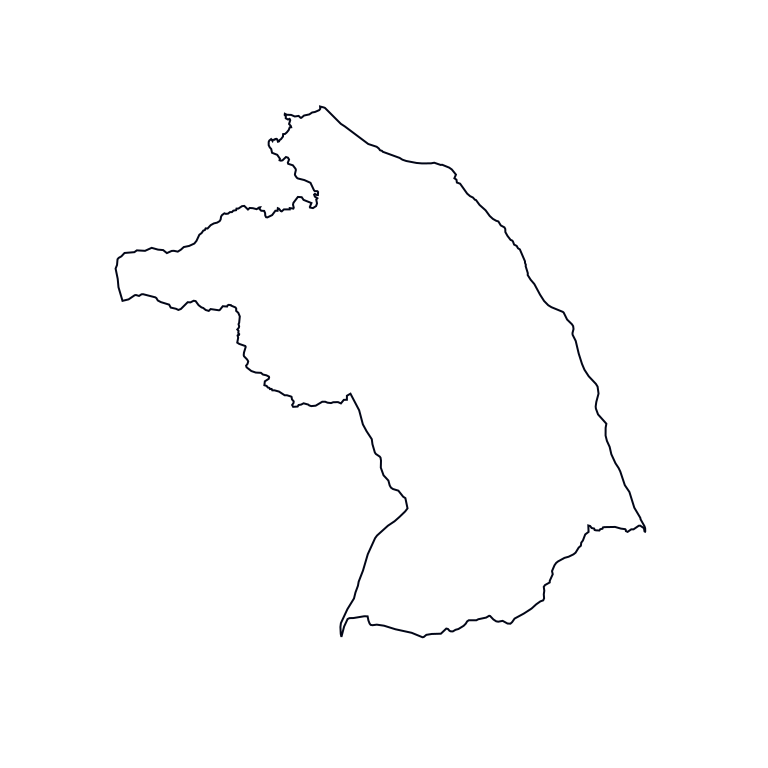 Cunday, Tolima, Colombia, rotated 103°
{"feature_id": "7082276B4490552230449", "entity_name": "Cunday", "entity_type": "district", "adm_level": 2, "iso_a3": "COL", "parent_name": "Colombia", "parent_adm1": "Tolima", "projection": "mercator", "projection_center": [-74.711, 3.967], "detail": "fine", "context": "isolated", "style": "outline", "palette": "ink", "viewbox_px": 768, "rotation_deg": 103, "n_neighbors": 0, "source": "geoboundaries", "source_scale": "gbopen_adm2", "svg_char_len": 6160}
<svg xmlns="http://www.w3.org/2000/svg" viewBox="0 0 768 768"><g transform="rotate(103 384 384)"><path d="M331.9,671.5L341.5,667.1L349.4,664.5L361.8,657.5L359.0,651.9L353.6,646.9L353.1,645.7L353.3,642.5L351.2,640.5L350.7,639.0L351.0,626.3L351.5,625.1L353.5,623.2L354.4,619.8L355.0,611.2L357.5,609.0L357.5,603.6L358.1,601.0L356.6,598.8L348.5,593.7L348.0,590.9L345.7,588.2L345.6,586.2L348.9,582.4L350.4,579.1L350.6,577.2L352.0,574.4L352.2,571.2L350.0,569.8L349.3,561.3L348.7,560.6L344.5,558.6L343.8,554.3L342.6,554.1L341.8,553.1L341.6,550.9L342.0,550.6L342.8,546.0L343.7,545.0L346.0,544.5L347.4,542.0L350.6,539.7L356.9,538.9L358.4,539.2L360.4,538.1L361.8,538.1L363.9,539.2L364.9,537.7L367.0,537.5L368.0,536.3L368.8,536.4L368.9,537.2L369.6,537.6L371.7,536.5L376.7,536.3L377.5,534.1L378.2,527.7L379.0,527.1L384.9,527.5L387.4,527.2L388.5,526.6L390.9,522.9L392.5,521.4L395.0,521.5L397.2,522.5L398.7,521.6L401.2,516.2L401.7,511.5L400.8,506.4L402.0,504.1L402.0,500.5L402.7,497.8L403.4,497.4L404.9,497.5L408.2,500.7L412.1,500.3L412.3,497.9L413.5,496.5L413.6,494.8L414.6,494.0L414.1,492.4L415.3,491.4L414.8,489.2L415.0,484.6L417.3,478.3L416.8,476.1L417.1,471.8L417.3,471.2L419.7,470.2L421.2,468.1L422.9,467.9L425.1,468.8L426.7,467.4L425.4,463.1L423.7,462.5L422.7,460.1L420.9,458.0L421.1,453.2L421.7,452.0L421.9,449.9L420.5,445.7L415.2,440.2L414.5,437.3L414.9,434.8L414.5,431.3L413.2,429.4L412.0,424.8L412.6,421.6L408.5,419.6L407.7,416.6L403.8,417.5L401.0,414.5L415.2,402.3L428.1,395.5L434.0,390.3L440.5,383.5L445.3,381.7L452.8,377.5L454.0,376.2L455.7,371.8L456.6,370.8L459.3,369.7L466.2,368.3L473.1,363.9L477.1,358.0L481.6,355.6L483.4,353.9L484.3,351.7L484.7,346.0L489.5,340.0L490.4,337.5L499.9,333.1L503.4,334.7L510.3,339.2L515.2,342.7L521.2,348.3L533.2,356.7L536.2,358.0L553.5,361.5L570.5,362.5L582.3,364.2L586.4,364.0L593.5,364.9L599.7,365.0L611.6,369.0L626.7,372.2L630.6,371.8L637.3,369.9L640.0,368.6L629.3,368.3L621.2,366.6L619.9,365.0L618.9,361.1L614.7,350.9L614.1,347.7L617.9,346.0L620.7,344.1L621.7,342.8L621.6,340.9L620.1,336.9L619.5,329.6L620.4,317.7L620.2,301.1L622.1,289.5L621.6,288.4L618.9,286.3L616.8,281.2L614.5,272.4L608.3,268.3L608.3,266.6L609.7,264.7L610.0,263.4L609.6,261.3L607.4,259.0L606.0,256.4L601.7,252.0L599.1,250.4L596.6,249.6L595.1,248.2L593.4,240.8L592.0,239.2L588.6,231.9L586.2,229.4L586.2,228.4L588.8,224.5L590.0,221.3L589.9,219.2L588.1,215.1L589.6,209.8L589.1,206.9L587.2,205.6L583.2,204.0L576.3,196.2L569.6,189.7L564.4,186.1L560.6,182.7L559.0,180.2L556.8,179.8L553.0,181.0L549.4,181.3L545.7,182.7L543.7,181.9L540.1,177.9L538.4,178.2L531.4,176.8L528.5,178.2L522.3,177.1L519.6,176.0L517.7,174.5L512.8,169.0L510.8,165.3L507.4,161.1L505.3,159.4L499.6,157.5L497.3,155.8L494.2,156.1L491.8,155.0L485.3,154.1L482.1,151.4L475.9,153.1L476.0,151.2L477.6,149.3L477.6,146.7L478.9,145.9L478.9,144.5L478.3,141.2L476.8,140.6L475.9,138.6L474.5,138.4L473.9,137.1L471.3,126.7L471.6,120.6L471.2,116.4L471.5,115.8L472.9,115.2L473.3,113.4L470.0,110.4L469.5,108.2L464.8,103.9L464.4,102.5L466.0,98.3L469.0,97.0L469.2,96.4L468.8,96.3L465.8,97.1L464.0,98.2L458.2,103.5L456.7,104.2L448.2,112.3L434.0,120.6L428.4,126.6L416.1,134.1L413.1,136.5L409.2,140.6L401.3,146.7L394.5,150.0L389.3,154.0L384.4,156.5L376.8,158.2L372.7,158.4L365.5,168.6L360.3,172.0L358.3,172.7L353.7,173.1L345.1,172.8L338.5,175.3L336.2,177.6L330.4,186.3L325.0,191.9L319.9,195.6L310.6,201.1L298.9,206.9L293.6,211.3L292.0,211.8L287.8,211.7L285.1,212.7L283.6,214.2L280.0,220.1L274.0,225.0L273.5,226.0L271.5,238.1L270.3,241.7L267.1,246.7L261.8,252.1L252.8,260.0L249.4,264.6L245.5,268.5L243.7,268.8L237.3,272.5L236.0,272.6L234.2,273.9L232.8,274.2L222.3,281.9L221.6,284.0L219.6,285.8L218.9,288.6L216.0,290.5L215.2,291.9L215.2,293.0L211.9,297.0L208.7,299.9L205.7,300.7L204.3,301.9L203.2,305.9L199.9,309.1L199.7,311.5L198.6,315.1L196.5,318.8L191.9,324.1L188.0,331.2L184.1,335.7L184.0,336.9L182.3,339.3L181.6,342.4L179.8,345.8L171.7,354.9L171.3,358.3L168.6,359.4L167.7,361.7L163.8,361.0L159.7,366.2L158.5,369.2L157.3,376.6L157.8,378.1L157.1,384.8L158.4,387.8L160.5,396.5L161.3,402.0L161.7,412.5L161.3,416.5L160.2,419.6L158.0,437.4L157.3,438.4L157.1,440.5L155.7,442.0L154.5,444.5L153.7,453.3L141.8,480.2L140.2,484.6L128.3,503.6L128.1,504.7L128.0,508.7L130.1,508.0L131.7,508.7L134.5,512.5L135.6,515.1L138.1,517.4L140.4,522.3L143.2,524.4L143.4,525.1L142.0,527.5L143.4,531.1L142.7,535.0L143.5,539.2L143.0,541.4L144.2,541.3L145.2,539.9L147.2,539.5L147.9,537.0L146.9,535.8L147.2,535.2L148.1,534.7L152.0,535.0L153.6,532.8L154.7,532.2L155.2,533.6L158.0,534.0L160.7,535.3L162.6,536.7L163.2,538.5L165.6,538.1L168.5,539.4L170.1,540.8L171.1,540.8L171.8,541.8L169.5,543.3L169.3,544.0L169.8,545.2L170.6,545.5L171.1,547.2L172.3,547.3L170.8,549.1L172.6,550.5L174.1,550.8L177.2,550.1L179.2,548.5L180.3,546.8L183.9,545.1L184.7,539.6L187.9,536.1L189.5,536.1L189.6,534.7L188.9,533.2L184.9,530.6L185.1,528.5L186.6,527.0L190.0,527.5L191.0,526.9L191.4,522.0L194.2,518.6L195.3,518.0L199.7,518.0L200.7,517.5L202.6,515.4L203.1,514.2L203.2,507.5L204.5,500.9L211.1,495.7L211.6,494.8L211.1,492.2L211.8,491.4L214.8,490.9L215.0,491.7L214.3,494.1L215.2,494.7L217.0,493.5L218.0,490.7L219.6,491.5L223.1,489.9L225.9,490.2L228.6,492.8L228.7,495.8L228.2,496.1L224.0,495.4L222.7,503.8L220.5,506.2L221.1,510.0L227.8,513.0L229.8,513.0L232.5,511.6L233.5,511.8L233.8,515.4L235.1,515.1L236.4,520.8L238.8,522.5L238.7,523.5L236.8,525.8L236.6,527.0L239.2,526.7L239.6,528.8L244.6,531.0L247.9,535.1L248.0,536.4L246.6,537.6L244.2,538.3L242.3,539.7L242.8,542.6L241.4,544.8L239.7,544.4L240.1,545.4L242.3,547.4L242.2,551.3L242.7,554.5L244.6,555.8L241.9,560.2L242.7,562.4L245.8,565.3L246.3,567.2L247.9,567.2L249.0,569.8L250.7,570.8L251.2,572.8L253.1,574.3L253.8,576.4L253.6,577.9L254.5,578.7L256.0,579.9L257.6,580.4L260.5,580.2L262.3,580.8L264.3,582.9L265.8,585.9L268.2,588.6L272.2,590.9L272.5,592.8L274.3,593.2L275.2,594.6L278.0,595.7L280.1,597.5L286.7,598.9L289.8,600.4L293.3,604.9L295.6,609.9L298.9,612.2L301.4,614.7L301.5,618.7L302.1,620.8L305.3,625.0L303.2,629.3L303.9,634.4L303.6,641.0L308.0,646.8L309.4,654.9L311.7,656.9L314.7,666.3L318.7,668.6L320.8,670.9L322.4,671.7L328.1,670.9L331.9,671.5Z" fill="none" stroke="#020617" stroke-width="2"/></g></svg>